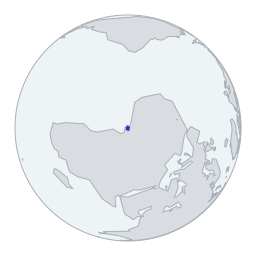 globe centered on Delta, rotated 110°
{"feature_id": "NGA-2860", "entity_name": "Delta", "entity_type": "State", "adm_level": 1, "iso_a3": "NGA", "parent_name": "Nigeria", "parent_adm1": "", "projection": "orthographic", "projection_center": [5.747, 5.78], "detail": "fine", "context": "on_globe", "style": "filled", "palette": "violet", "viewbox_px": 256, "rotation_deg": 110, "n_neighbors": 0, "source": "natural_earth", "source_scale": "10m", "svg_char_len": 8793}
<svg xmlns="http://www.w3.org/2000/svg" viewBox="0 0 256 256"><g transform="rotate(110 128 128)"><circle cx="128" cy="128" r="113" fill="#eef3f6" stroke="#a8b0b8"/><path d="M87.7,22.8L88.0,22.7L85.4,23.7L88.4,22.6L90.5,21.8L92.5,21.1L93.2,21.0L90.1,22.1L89.3,22.3L88.8,22.6L86.9,23.3L88.3,22.8L84.4,24.5L89.3,22.7L87.1,23.8L84.2,25.0L83.2,25.1L74.0,29.1L72.8,29.8L80.1,26.0L87.7,22.8ZM69.4,31.8L67.4,33.1L63.7,36.3L60.7,38.4L57.6,41.2L59.9,39.7L63.1,37.1L66.4,35.4L69.9,32.7L71.8,31.8L76.0,29.3L76.7,29.6L75.3,31.3L71.9,33.5L71.1,34.4L75.5,32.5L70.3,37.1L68.8,41.4L67.3,42.8L62.3,44.8L59.4,44.1L52.9,48.0L58.5,45.6L54.7,49.7L54.6,50.6L55.7,50.6L57.7,49.1L56.7,50.8L50.8,53.5L51.6,52.0L53.5,51.1L52.1,50.9L48.1,53.4L46.4,55.6L42.1,58.0L40.9,59.8L39.2,61.5L41.5,58.5L37.4,64.2L32.0,70.0L26.3,81.0L30.4,72.2L30.9,70.9L35.2,64.2L39.9,57.8L45.0,51.8L50.6,46.2L56.5,41.0L62.8,36.2L69.4,31.8ZM19.5,97.6L19.3,98.6L17.5,106.5L16.8,110.9L17.3,110.2L17.6,112.6L18.9,108.3L20.6,106.3L19.4,112.8L21.3,107.1L21.6,110.6L25.7,111.4L25.0,112.8L28.3,121.5L33.7,125.9L35.0,131.0L34.1,133.8L36.5,135.1L36.5,137.0L47.5,141.5L54.5,147.2L55.2,154.0L51.2,161.2L52.0,177.1L46.0,181.3L47.4,187.5L47.9,196.1L43.9,194.6L48.1,199.5L48.4,201.8L46.6,201.6L48.9,204.7L47.8,204.4L50.4,206.8L52.6,210.3L56.6,213.8L59.2,216.6L61.9,218.7L61.4,218.4L61.9,219.0L63.3,220.0L60.0,217.7L54.5,213.3L52.3,211.2L51.5,210.7L46.5,205.2L47.1,206.2L39.8,197.4L35.3,190.2L25.2,168.5L23.2,163.8L20.1,157.9L16.2,140.6L15.8,134.1L15.6,130.7L16.5,121.9L17.2,113.0L17.1,111.5L16.4,114.6L17.0,108.9L19.5,97.6ZM24.6,84.7L24.0,91.0L22.7,91.1L23.3,90.2L23.8,87.8L24.1,85.3L23.5,86.1L24.6,84.7ZM27.9,79.0L27.9,78.4L28.1,78.5L27.9,79.0ZM75.3,29.4L75.6,29.4L74.7,29.8L75.3,29.4ZM76.7,28.4L75.4,29.0L75.9,28.7L76.7,28.3L76.7,28.4ZM78.3,27.9L77.0,28.0L77.9,27.4L81.7,25.7L78.3,27.9ZM90.9,21.7L88.6,22.5L89.8,22.0L90.9,21.7ZM93.4,20.9L93.2,20.9L96.4,19.9L97.3,19.7L96.0,20.0L93.4,20.9ZM95.7,20.2L97.7,19.6L96.9,20.0L93.8,20.8L95.7,20.2ZM95.1,21.4L94.8,21.2L96.4,20.6L95.1,21.4ZM98.5,19.4L98.8,19.3L99.4,19.1L100.6,18.9L98.5,19.4ZM104.7,17.8L101.7,18.5L101.8,18.5L104.7,17.8ZM103.6,18.2L100.1,19.2L100.2,19.6L98.8,20.0L98.8,19.4L103.6,18.2ZM102.7,18.3L102.9,18.3L101.0,18.7L99.7,19.0L102.7,18.3ZM104.0,18.2L104.8,17.9L104.2,18.1L104.0,18.2ZM107.0,17.3L106.9,17.4L106.4,17.4L107.0,17.3ZM106.9,17.5L105.8,17.8L104.9,17.9L106.9,17.5ZM107.2,17.4L108.5,17.1L105.3,17.8L106.8,17.4L107.2,17.4ZM107.8,17.2L108.1,17.1L107.9,17.2L107.8,17.2ZM111.1,17.0L107.2,17.8L105.1,18.0L109.2,17.2L111.1,17.0ZM66.9,222.3L60.9,218.5L63.6,220.3L62.2,218.9L66.5,221.6L66.9,222.3ZM64.0,218.9L64.3,218.3L65.3,218.9L65.4,219.5L64.0,218.9ZM236.2,96.6L235.7,95.1L236.2,97.3L235.0,93.2L231.6,85.4L231.6,88.5L232.4,100.2L234.6,110.9L234.0,116.0L228.2,101.3L224.5,91.3L223.2,92.6L216.7,84.9L207.6,85.7L205.6,83.3L204.1,84.7L199.4,82.6L196.1,78.7L193.6,79.3L202.1,89.6L204.7,89.1L206.0,84.6L207.9,88.5L212.4,91.6L209.8,101.8L195.3,112.2L192.8,104.3L176.0,84.1L175.9,81.7L175.8,81.4L175.5,81.0L175.1,84.9L171.9,81.0L182.0,95.0L184.1,101.4L195.1,112.7L194.3,114.1L197.5,116.4L206.4,112.4L206.7,115.1L203.2,128.2L189.9,146.6L191.0,158.1L189.1,168.1L179.4,175.3L179.0,182.8L173.8,185.8L172.6,190.1L167.7,194.8L160.0,199.4L148.4,200.1L148.7,196.3L144.5,189.0L139.1,171.0L143.1,162.4L142.5,155.8L134.0,141.5L135.9,133.3L133.4,130.0L128.3,131.0L125.2,127.0L122.0,127.0L101.4,130.5L94.5,125.4L84.8,109.6L88.1,103.2L87.6,95.9L109.5,71.5L115.3,72.6L133.9,69.0L136.4,69.7L135.5,75.1L150.4,81.0L153.8,76.4L166.0,79.5L173.4,78.9L173.7,69.0L161.7,69.5L158.3,65.0L167.0,60.4L177.3,60.6L176.4,58.9L168.8,55.3L170.1,52.1L166.0,53.9L168.4,55.5L166.0,56.8L163.6,55.4L164.1,54.3L160.7,53.7L159.0,59.9L161.3,62.3L153.0,63.9L156.0,68.1L154.1,70.2L148.3,64.0L148.0,61.6L138.1,55.6L137.6,58.1L147.0,64.2L144.5,63.8L144.0,67.8L142.5,64.5L132.4,57.7L124.2,59.7L115.6,70.1L110.4,71.2L105.2,69.5L106.5,59.5L117.9,58.2L118.5,55.2L114.7,51.2L118.5,51.3L118.3,49.7L122.4,49.2L126.8,45.2L130.8,44.6L131.0,40.0L133.1,39.3L132.3,42.1L134.0,44.0L143.8,43.3L145.2,42.2L144.6,39.5L147.3,39.8L145.4,37.3L150.3,36.1L142.8,35.6L141.8,32.9L143.9,30.8L142.3,30.0L138.8,33.4L138.7,35.0L140.7,36.4L139.1,41.2L136.0,42.2L132.6,37.2L127.9,38.3L127.3,34.4L137.0,26.6L141.9,25.3L153.0,28.0L152.7,29.5L148.6,29.1L153.8,31.7L152.7,30.4L155.0,30.9L154.6,28.9L156.3,29.2L153.2,27.0L155.1,27.1L157.0,28.5L158.2,26.2L161.8,26.3L161.3,25.7L159.7,25.0L165.4,26.0L164.7,25.5L162.6,25.0L160.0,23.8L157.6,22.2L159.7,22.6L160.8,23.2L166.4,25.4L169.2,27.3L169.8,27.3L167.9,25.8L161.1,23.1L159.0,22.1L162.3,23.2L161.0,22.7L160.6,22.3L162.2,22.4L158.6,21.3L151.7,18.1L154.1,18.5L157.8,19.4L156.8,19.1L164.8,21.5L172.5,24.5L180.0,28.1L187.2,32.2L194.1,36.8L200.6,41.9L206.7,47.4L212.4,53.4L217.7,59.8L222.4,66.6L226.7,73.7L230.4,81.1L233.6,88.8L236.2,96.6ZM103.4,83.6L103.2,85.7L103.4,83.6ZM189.4,66.2L194.9,66.3L190.5,60.5L192.2,60.2L190.1,58.5L190.1,60.1L184.6,55.5L186.3,53.8L184.6,51.5L182.7,51.4L180.5,55.4L188.4,61.7L188.0,64.2L189.4,66.2ZM25.8,111.4L26.2,112.7L25.4,112.6L25.8,111.4ZM21.7,93.7L22.0,94.0L21.9,95.1L21.5,95.3L21.7,93.7ZM25.9,95.6L26.6,96.4L25.6,96.6L25.9,95.6ZM24.1,91.9L25.4,95.2L23.3,96.5L22.6,94.6L23.6,94.3L24.1,91.9ZM26.1,82.4L26.1,83.0L25.5,84.1L26.1,82.4ZM28.1,79.1L28.3,78.2L28.1,79.1ZM55.0,49.5L55.5,49.4L56.2,49.7L55.1,50.3L55.0,49.5ZM63.7,47.9L61.9,50.5L62.4,48.9L60.6,49.9L59.5,48.0L66.5,43.5L63.5,45.8L63.7,47.9ZM59.9,44.7L59.8,46.1L59.7,44.8L59.9,44.7ZM113.2,42.4L115.1,43.2L114.2,45.0L109.1,46.7L110.3,43.9L113.2,42.4ZM118.0,43.9L116.0,39.1L119.1,38.1L117.7,39.4L119.9,39.3L118.3,41.4L123.2,45.7L122.7,47.6L113.6,49.1L116.8,47.4L114.7,46.6L118.0,43.9ZM105.5,31.3L104.7,30.0L112.4,29.5L112.3,30.8L107.2,32.3L104.4,31.7L105.5,31.3ZM85.3,25.2L84.5,25.3L85.4,24.9L86.8,24.5L85.3,25.2ZM94.8,21.4L89.8,24.4L88.6,24.7L87.1,26.6L83.4,28.1L84.5,26.7L80.5,29.5L80.0,28.8L77.6,30.8L80.5,27.5L79.9,27.3L82.0,26.9L85.4,25.5L86.7,24.8L89.9,22.9L90.3,22.1L93.8,20.9L96.2,20.3L96.6,20.3L94.2,21.0L96.5,20.5L93.4,21.6L94.8,21.4ZM121.6,18.1L118.7,18.2L122.7,18.9L119.6,19.3L120.3,19.4L118.6,20.1L117.6,21.1L116.0,21.3L116.3,21.7L115.2,22.3L115.1,22.9L112.2,23.5L111.8,24.4L110.6,24.2L110.8,25.6L109.4,24.9L107.7,25.8L110.0,26.0L94.6,29.4L89.2,31.9L85.5,34.6L83.6,33.4L85.9,30.3L90.3,26.9L95.7,24.9L93.9,24.9L95.9,24.0L96.5,24.4L96.8,23.3L98.7,22.7L102.6,20.7L101.9,20.0L103.3,19.4L104.5,19.4L105.1,18.8L108.3,18.5L109.4,18.1L113.7,17.7L115.4,18.2L116.5,17.7L119.8,17.6L121.6,18.1ZM112.2,16.8L115.0,17.0L114.6,17.4L107.3,18.1L105.9,18.5L101.1,19.4L101.8,18.8L103.1,18.6L104.4,18.3L103.7,18.5L105.3,18.1L107.2,17.8L108.9,17.5L109.4,17.6L112.2,16.8ZM138.5,67.7L140.3,67.8L143.0,67.4L142.7,70.1L138.5,67.7ZM131.6,63.1L133.1,62.7L134.0,66.0L132.1,66.0L131.6,63.1ZM133.2,59.8L133.1,62.4L132.1,61.0L133.2,59.8ZM133.7,41.7L135.2,41.3L135.7,41.9L135.2,42.9L133.7,41.7ZM133.1,21.4L131.4,21.1L131.7,20.9L129.7,19.8L131.8,19.5L133.9,20.1L133.1,21.4ZM172.1,70.7L170.4,72.7L169.1,71.9L170.0,71.3L172.1,70.7ZM156.2,71.4L160.2,72.4L156.1,72.1L156.2,71.4ZM135.1,21.0L134.0,20.5L135.7,20.7L135.1,21.0ZM133.3,19.3L135.2,19.4L131.8,19.4L133.3,19.3ZM194.4,215.5L193.8,216.6L192.8,216.9L194.4,215.5ZM204.5,165.2L195.5,183.0L191.3,183.4L191.6,178.4L195.6,167.8L200.9,164.4L203.8,159.4L204.5,165.2ZM240.3,119.5L240.1,117.4L240.3,119.5ZM234.9,111.9L236.5,118.1L236.0,119.3L234.9,111.9ZM151.8,20.4L152.2,22.0L154.0,23.4L157.2,24.5L152.9,23.9L150.2,21.6L151.8,20.4ZM151.5,18.3L148.7,17.6L149.7,17.7L150.5,17.9L151.5,18.3ZM149.9,18.0L146.8,17.7L145.1,17.2L147.9,17.6L149.9,18.0ZM141.0,18.7L141.0,19.1L139.6,18.9L141.0,18.7Z" fill="#d9dde1" stroke="#a8b0b8" stroke-width="1"/><path d="M127.4,129.3L127.4,129.2L127.5,129.2L127.5,129.3L127.5,129.2L127.4,129.2L127.2,129.2L127.3,129.1L127.2,129.0L127.2,128.9L127.3,128.8L127.5,128.9L127.6,128.7L127.8,128.5L127.7,128.5L127.4,128.7L127.4,128.8L127.3,128.7L127.1,128.7L126.9,128.5L126.9,128.4L127.0,128.4L127.3,128.4L127.5,128.3L127.4,128.3L127.4,128.2L127.4,128.3L127.2,128.4L127.2,128.2L127.1,128.3L126.9,128.4L126.7,128.2L126.8,128.0L126.8,127.9L127.1,127.8L127.1,127.7L127.1,127.8L126.9,127.8L126.7,127.9L126.6,128.0L126.6,127.9L126.8,127.3L127.0,127.5L127.0,127.8L127.1,127.7L127.3,127.5L127.5,127.6L127.8,127.5L128.1,127.6L128.2,127.8L128.3,127.8L128.2,127.9L128.3,128.0L128.5,128.0L128.7,127.9L128.8,127.8L128.9,127.7L128.8,127.4L128.7,127.3L128.7,127.2L128.6,126.9L128.8,126.9L128.8,127.0L129.0,126.9L129.4,126.6L129.6,126.6L129.8,126.6L129.9,126.8L129.9,127.0L130.0,127.2L130.0,127.3L129.9,127.4L129.9,127.5L129.8,127.8L129.7,127.9L129.7,128.0L129.6,128.3L129.6,128.5L129.4,128.7L129.5,128.8L129.4,128.8L129.2,128.9L129.1,129.0L128.9,129.0L128.7,129.2L128.6,129.3L128.4,129.2L128.3,129.3L128.2,129.4L127.9,129.5L127.8,129.4L127.7,129.4L127.4,129.3Z" fill="#8b5cf6" stroke="#5b21b6" stroke-width="1.5"/></g></svg>